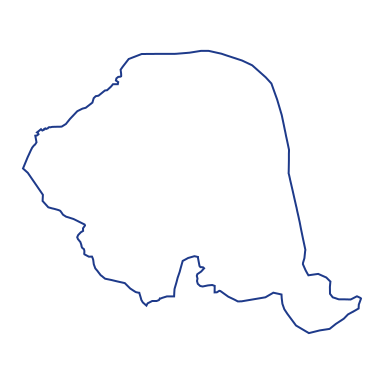 Dawran Anis, Dhamar, Yemen (orthographic projection)
{"feature_id": "15242507B11667753358697", "entity_name": "Dawran Anis", "entity_type": "district", "adm_level": 2, "iso_a3": "YEM", "parent_name": "Yemen", "parent_adm1": "Dhamar", "projection": "orthographic", "projection_center": [44.103, 14.829], "detail": "fine", "context": "isolated", "style": "outline", "palette": "blue", "viewbox_px": 384, "rotation_deg": 0, "n_neighbors": 0, "source": "geoboundaries", "source_scale": "gbopen_adm2", "svg_char_len": 3867}
<svg xmlns="http://www.w3.org/2000/svg" viewBox="0 0 384 384"><path d="M280.8,111.9L277.1,99.4L275.4,94.7L271.4,83.5L265.7,77.3L252.2,65.3L242.0,60.5L226.4,55.4L221.4,53.7L216.4,52.6L215.5,52.4L210.2,51.2L208.7,50.9L200.8,50.9L189.5,52.7L187.1,52.9L176.0,53.8L173.5,53.9L170.3,53.9L169.8,53.9L163.8,53.9L160.2,53.9L154.6,53.9L141.7,54.0L128.7,59.0L122.8,66.6L120.6,69.7L121.1,73.5L121.2,75.4L121.1,76.3L120.3,76.7L118.2,76.9L116.4,78.4L115.9,80.5L118.2,82.1L117.8,84.2L113.0,84.2L111.5,86.0L111.1,86.5L107.1,90.2L104.9,90.5L98.5,95.7L95.7,96.2L93.7,98.2L92.4,102.6L85.7,107.8L82.5,108.6L77.3,111.2L70.0,118.9L65.9,124.0L61.7,126.6L60.2,126.7L54.5,126.8L52.1,126.9L50.4,127.3L49.2,127.2L48.6,127.4L47.8,128.3L47.0,128.6L46.2,128.9L46.0,129.0L45.4,128.4L44.2,128.9L43.9,129.8L43.7,129.9L42.3,130.5L41.0,129.2L39.2,130.7L37.0,132.4L38.1,133.2L38.5,134.3L36.9,135.5L35.3,135.7L36.5,142.3L35.1,144.5L33.9,145.5L32.2,147.6L30.8,150.4L28.6,155.2L27.7,157.1L23.0,168.5L27.8,172.8L42.9,194.8L42.6,201.0L48.3,207.3L52.2,208.4L53.6,208.7L54.4,208.9L56.9,209.6L57.6,209.8L58.9,210.2L60.2,210.8L60.3,210.9L60.4,211.0L61.5,212.5L63.0,214.7L66.1,216.7L68.5,217.4L73.5,219.0L84.6,224.5L85.0,225.4L85.0,225.5L83.0,228.3L83.1,230.9L80.8,232.3L78.2,235.0L77.2,237.2L77.5,237.9L77.9,239.0L79.5,241.0L80.0,241.6L80.2,241.8L80.3,241.9L81.1,244.2L81.5,245.4L81.4,245.8L82.0,247.6L83.4,248.8L83.9,249.1L84.3,250.5L84.4,252.1L84.2,253.3L84.4,254.3L88.9,256.7L89.1,256.7L91.2,256.6L92.0,256.6L92.8,258.5L92.9,258.9L93.2,259.8L93.8,264.3L95.3,268.4L97.5,271.0L98.3,272.1L100.0,274.3L100.6,275.1L100.8,275.3L102.3,276.4L103.2,277.2L103.6,277.5L105.1,278.7L111.4,280.0L117.2,281.4L124.8,283.1L126.1,284.4L130.2,288.5L131.9,289.6L133.1,290.4L135.6,292.0L136.6,292.3L139.0,292.8L139.3,292.8L139.5,293.6L140.0,295.2L140.8,297.9L141.4,300.1L141.7,300.5L142.8,302.4L146.4,305.6L147.4,303.7L147.7,303.3L152.2,301.0L154.1,301.0L156.6,301.0L158.9,300.1L159.9,298.5L160.2,298.7L162.4,297.8L166.3,296.6L166.9,296.4L167.0,296.4L172.7,296.4L174.1,296.4L174.3,292.3L174.5,289.2L174.8,288.0L176.3,282.9L176.6,281.8L177.3,279.1L177.6,277.9L179.7,271.8L180.5,268.7L182.7,260.9L183.3,260.6L186.3,259.0L188.3,257.9L188.8,257.8L194.4,256.2L195.9,256.5L197.2,256.8L197.5,256.9L198.0,257.0L198.0,258.0L199.5,266.0L200.4,267.1L201.5,267.1L203.2,267.4L204.1,268.3L201.2,271.5L197.3,274.2L196.8,275.9L197.5,278.6L197.0,281.0L197.6,283.2L197.8,283.8L198.1,284.1L199.9,285.7L200.2,286.0L202.7,286.5L208.0,285.4L212.2,285.0L214.7,285.9L214.6,292.4L216.9,292.3L219.3,290.8L220.3,291.0L221.2,291.6L228.3,296.7L234.6,299.7L237.8,301.4L239.2,301.4L241.7,301.3L265.4,297.3L265.6,297.2L269.2,295.1L273.2,292.8L273.3,292.7L278.9,293.9L279.3,294.0L281.5,294.5L281.7,298.1L282.4,303.8L284.3,309.2L287.2,313.6L296.0,325.5L306.3,331.6L306.5,331.7L308.9,333.1L319.8,330.4L329.6,328.9L336.0,323.8L343.8,318.7L348.0,314.4L354.6,310.8L358.6,308.5L358.8,304.6L361.0,298.6L360.7,298.1L359.5,297.5L358.9,297.2L357.0,296.3L356.9,296.3L351.3,299.2L351.2,299.2L350.6,299.5L343.0,299.3L338.8,299.3L338.1,299.1L337.1,298.8L337.0,298.7L333.6,297.6L332.7,297.3L330.4,294.3L330.0,293.8L330.0,293.7L329.9,286.9L330.3,282.5L330.4,281.5L329.9,281.1L326.3,277.5L318.2,273.9L311.8,274.8L308.4,275.3L306.9,272.7L306.2,271.4L305.6,270.3L302.9,264.2L303.0,262.9L304.4,258.2L305.2,250.7L305.4,250.0L303.9,242.9L303.7,242.0L303.5,241.0L303.2,239.7L300.9,228.5L300.0,223.8L299.7,222.2L298.9,218.6L298.7,217.6L298.3,215.8L297.2,211.0L296.5,207.5L296.1,206.0L296.1,205.9L295.6,203.7L294.3,198.0L293.2,193.1L292.8,191.3L290.2,180.1L290.0,179.3L290.0,179.1L289.1,175.1L288.8,173.9L288.6,173.3L288.7,171.8L288.9,160.5L288.9,159.8L288.9,153.7L289.0,151.0L289.0,149.8L287.6,143.1L286.4,137.5L286.2,136.7L285.3,132.1L284.8,129.8L283.8,124.9L282.6,119.2L281.8,115.4L281.6,114.6L281.0,112.6L280.8,112.1L280.8,111.9Z" fill="none" stroke="#1e3a8a" stroke-width="2"/></svg>